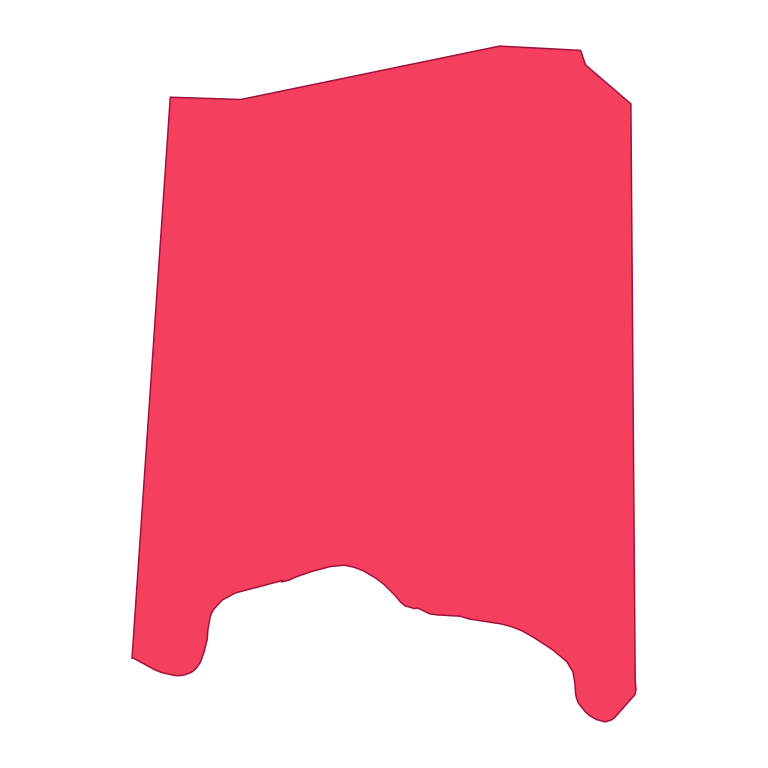 outline of Adams, Ohio, United States of America
{"feature_id": "52423323B26888190258650", "entity_name": "Adams", "entity_type": "district", "adm_level": 2, "iso_a3": "USA", "parent_name": "United States of America", "parent_adm1": "Ohio", "projection": "albers", "projection_center": [-83.481, 38.826], "detail": "fine", "context": "isolated", "style": "filled", "palette": "rose", "viewbox_px": 768, "rotation_deg": 0, "n_neighbors": 0, "source": "geoboundaries", "source_scale": "gbopen_adm2", "svg_char_len": 930}
<svg xmlns="http://www.w3.org/2000/svg" viewBox="0 0 768 768"><path d="M170.3,97.2L132.0,658.2L133.5,658.2L154.7,669.8L161.7,672.6L174.8,675.5L179.6,675.7L184.9,674.8L189.4,673.1L192.3,671.8L195.9,668.7L200.3,662.4L203.7,653.2L207.2,639.6L207.9,629.7L210.2,616.8L211.6,612.9L214.1,608.8L222.3,600.0L235.2,593.0L282.4,580.5L281.9,581.8L288.9,580.2L297.2,576.5L311.6,571.5L330.0,566.6L344.3,565.2L353.9,567.2L363.3,570.8L376.0,578.3L383.9,584.3L395.5,595.9L400.4,602.0L405.1,605.9L414.6,608.6L417.8,608.1L429.4,613.7L436.9,614.9L460.2,616.2L469.6,619.1L501.0,623.9L510.7,626.4L521.8,630.7L533.6,637.4L552.5,649.7L566.8,661.7L572.9,671.8L575.0,683.5L575.5,693.3L576.7,698.9L578.5,703.3L585.5,712.0L589.7,715.7L596.5,719.6L605.4,721.9L611.5,719.9L614.3,718.0L635.0,694.6L635.9,690.0L636.0,689.8L635.2,679.9L630.9,103.9L585.5,64.9L580.7,50.4L499.4,46.1L240.7,99.5L170.3,97.2Z" fill="#f43f5e" stroke="#9f1239" stroke-width="1.5"/></svg>